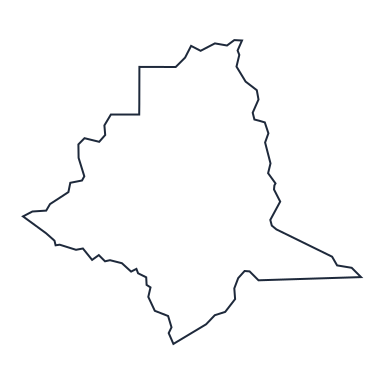 Silver Bow, Montana, United States of America
{"feature_id": "52423323B9619411594727", "entity_name": "Silver Bow", "entity_type": "district", "adm_level": 2, "iso_a3": "USA", "parent_name": "United States of America", "parent_adm1": "Montana", "projection": "mercator", "projection_center": [-112.671, 45.905], "detail": "fine", "context": "isolated", "style": "outline", "palette": "slate", "viewbox_px": 384, "rotation_deg": 0, "n_neighbors": 0, "source": "geoboundaries", "source_scale": "gbopen_adm2", "svg_char_len": 1112}
<svg xmlns="http://www.w3.org/2000/svg" viewBox="0 0 384 384"><path d="M173.4,343.9L206.1,324.3L214.8,315.2L225.2,311.9L235.1,299.1L234.3,288.4L238.2,278.1L244.6,271.0L249.6,271.4L258.5,280.3L361.0,277.1L351.7,267.8L337.1,265.4L332.1,256.7L276.4,229.4L271.8,225.6L270.3,219.9L280.2,201.6L274.0,189.5L274.4,185.4L275.5,183.4L268.1,173.2L270.5,163.4L265.1,142.5L268.4,133.3L264.8,122.4L259.4,120.8L254.4,119.5L252.7,112.7L258.5,99.5L256.8,90.2L245.6,81.6L236.5,66.6L239.3,54.9L237.6,50.5L242.0,40.5L234.3,40.1L227.0,45.5L214.9,43.4L200.6,50.8L191.1,45.9L185.1,57.6L175.7,67.0L139.4,66.9L139.3,103.9L139.3,104.1L139.2,114.5L110.9,114.5L104.4,125.4L105.2,135.0L99.2,141.8L84.5,138.2L78.4,144.4L78.6,157.9L84.3,176.3L82.0,180.5L70.3,182.8L68.4,192.1L50.0,204.1L46.2,210.6L32.4,211.5L23.0,216.4L46.0,233.2L54.5,240.7L55.6,245.3L59.7,244.7L76.0,249.8L82.9,248.5L92.1,259.9L98.8,255.1L105.0,261.3L110.0,260.2L121.9,263.2L131.1,271.6L136.4,268.9L138.1,273.3L146.2,277.3L146.6,284.9L150.5,287.4L148.3,296.9L154.8,310.8L168.1,316.0L171.5,327.3L168.7,333.1L173.4,343.9Z" fill="none" stroke="#1e293b" stroke-width="2"/></svg>